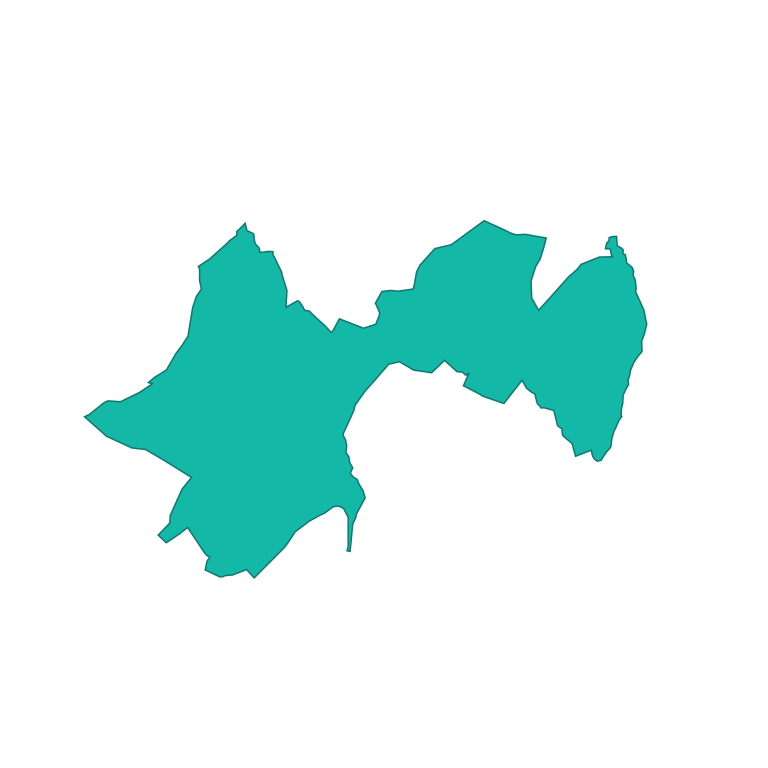 Malumfashi, Katsina, Nigeria (Equal Earth projection), rotated 217°
{"feature_id": "59680162B59256397716169", "entity_name": "Malumfashi", "entity_type": "district", "adm_level": 2, "iso_a3": "NGA", "parent_name": "Nigeria", "parent_adm1": "Katsina", "projection": "equal_earth", "projection_center": [7.623, 11.86], "detail": "fine", "context": "isolated", "style": "filled", "palette": "teal", "viewbox_px": 768, "rotation_deg": 217, "n_neighbors": 0, "source": "geoboundaries", "source_scale": "gbopen_adm2", "svg_char_len": 3279}
<svg xmlns="http://www.w3.org/2000/svg" viewBox="0 0 768 768"><g transform="rotate(217 384 384)"><path d="M324.6,253.2L326.2,260.3L327.9,264.2L330.5,281.6L336.3,286.1L343.5,288.9L348.0,291.7L352.2,291.1L357.1,292.3L358.6,298.3L363.6,300.3L368.4,304.8L373.0,306.2L376.8,312.5L381.1,316.2L385.1,318.1L386.6,319.4L388.9,330.3L392.1,344.5L394.3,349.5L394.8,367.0L393.6,380.9L392.2,402.5L385.1,411.1L368.8,412.9L352.7,421.7L349.9,439.3L333.1,437.8L330.0,439.8L329.1,440.3L327.8,440.7L326.9,440.5L324.1,440.2L323.4,441.6L322.8,444.1L319.5,430.4L303.1,433.2L297.2,433.9L276.5,440.6L276.4,449.1L276.0,470.1L267.6,466.4L261.9,466.2L257.5,466.8L254.3,464.2L252.1,462.4L249.5,460.5L247.0,460.2L244.2,459.4L241.9,461.3L232.4,465.1L220.2,455.1L215.1,455.3L210.6,450.6L207.8,450.1L198.1,449.7L187.5,441.6L178.7,455.8L174.3,452.2L171.1,450.8L167.4,450.6L166.1,452.0L164.6,454.0L165.1,457.4L165.4,462.8L164.9,470.0L169.5,478.2L172.0,485.0L172.4,488.1L173.5,491.8L174.6,497.5L174.5,501.0L175.6,501.6L177.9,504.6L179.8,507.9L181.5,511.9L186.3,519.0L187.6,525.0L188.5,531.0L191.4,533.9L192.9,538.5L195.4,543.4L197.4,551.1L197.9,558.6L197.5,565.2L204.0,573.3L206.1,580.4L210.0,589.7L213.8,593.0L218.2,597.0L221.0,599.5L238.6,609.1L240.1,612.1L246.2,618.5L250.4,620.6L252.4,624.2L255.9,626.4L260.9,626.7L262.8,626.5L265.3,629.1L269.1,632.6L271.2,631.7L271.8,632.2L273.7,635.1L276.7,635.4L280.9,634.7L281.5,635.4L287.1,641.8L290.3,639.2L291.2,638.0L292.3,636.3L291.0,634.6L290.6,634.1L290.6,633.3L290.7,633.1L290.7,631.9L290.8,631.0L291.0,630.5L288.5,625.3L284.7,628.0L283.3,626.8L281.4,625.1L279.8,623.7L278.0,623.2L288.4,615.0L298.6,598.2L298.7,592.4L299.0,590.3L301.1,580.4L303.5,551.3L304.9,535.9L317.8,541.6L328.6,554.8L333.6,569.2L334.4,577.5L338.7,589.6L342.4,598.2L351.3,593.6L361.2,588.6L367.9,582.8L373.4,580.8L380.8,579.4L402.3,574.7L414.1,535.7L424.9,522.7L426.8,500.6L425.5,493.3L419.6,481.6L417.8,477.5L428.5,466.7L434.9,462.8L441.3,456.6L439.5,443.4L433.6,440.2L429.6,437.6L427.6,430.8L426.5,426.8L434.0,416.2L458.8,409.2L456.8,395.3L457.0,394.4L457.2,393.4L467.0,395.1L481.6,396.4L487.5,397.3L491.8,395.1L495.2,396.8L501.0,398.9L503.1,398.5L508.5,386.3L517.8,400.3L530.8,409.6L533.2,411.8L547.5,419.1L550.7,420.5L552.2,422.8L555.7,420.7L558.7,417.7L561.4,415.2L562.6,414.4L564.0,416.3L566.2,417.8L568.4,417.9L571.3,418.6L572.6,419.7L573.8,420.6L578.1,425.2L579.4,425.4L581.9,424.8L585.9,424.1L591.6,428.8L593.0,418.7L593.4,417.4L591.0,414.0L593.6,405.6L594.0,401.7L598.5,378.9L603.0,366.2L600.9,365.2L598.1,361.8L593.8,355.9L587.0,350.0L586.5,340.8L582.8,329.9L569.3,304.2L568.5,292.9L568.5,282.8L567.8,277.5L566.2,264.3L571.4,250.8L573.0,243.4L569.1,244.8L574.2,230.1L583.8,211.2L594.0,204.6L595.0,203.3L596.7,199.6L597.9,194.4L601.0,182.3L603.4,177.6L574.0,175.3L546.9,181.2L535.0,188.2L514.2,190.6L481.5,193.5L482.0,178.7L475.6,150.3L471.4,144.1L473.4,127.4L462.3,126.2L457.2,141.2L454.5,151.2L438.0,145.5L425.7,141.1L421.9,140.4L419.1,141.2L418.7,136.1L414.9,127.9L404.0,130.1L398.9,131.2L396.4,133.5L395.8,135.1L389.9,140.5L382.1,153.1L371.0,151.0L365.1,193.9L365.2,200.9L366.0,212.5L361.0,229.9L355.8,241.4L353.8,244.9L350.6,255.5L346.9,259.2L341.4,260.3L332.3,255.9L314.7,232.5L313.2,228.6L310.3,229.9L324.6,253.2Z" fill="#14b8a6" stroke="#0f766e" stroke-width="1.5"/></g></svg>